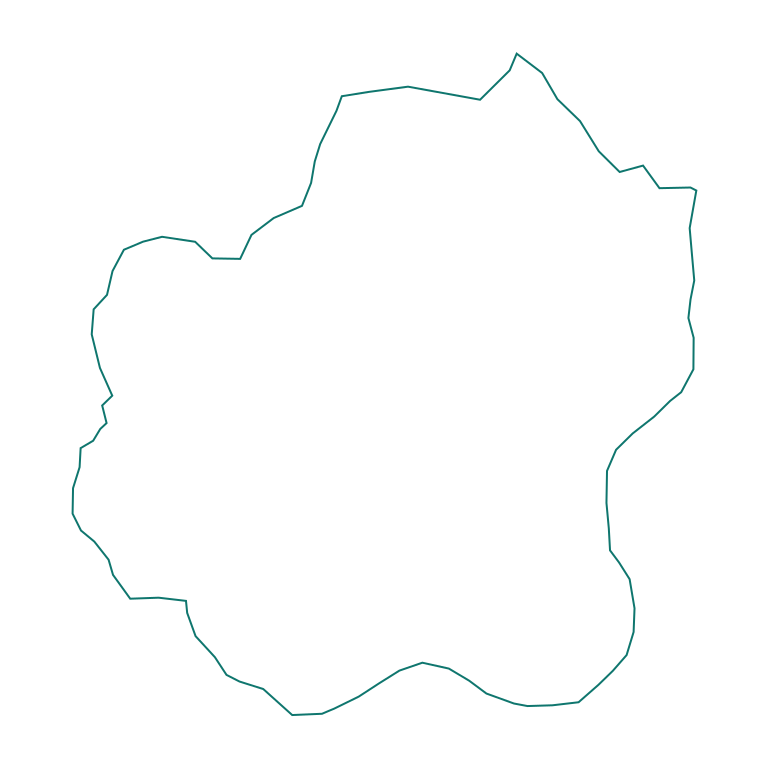 Agia Anna, Larnaca, Cyprus, rotated 1°
{"feature_id": "46923920B8149525984210", "entity_name": "Agia Anna", "entity_type": "district", "adm_level": 2, "iso_a3": "CYP", "parent_name": "Cyprus", "parent_adm1": "Larnaca", "projection": "equal_earth", "projection_center": [33.489, 34.939], "detail": "fine", "context": "isolated", "style": "outline", "palette": "teal", "viewbox_px": 768, "rotation_deg": 1, "n_neighbors": 0, "source": "geoboundaries", "source_scale": "gbopen_adm2", "svg_char_len": 1297}
<svg xmlns="http://www.w3.org/2000/svg" viewBox="0 0 768 768"><g transform="rotate(1 384 384)"><path d="M231.6,677.6L244.7,684.0L268.6,691.1L298.0,716.6L299.6,716.5L327.8,714.8L334.5,711.8L339.8,709.5L364.2,697.0L384.3,683.4L404.4,670.3L427.2,662.0L453.8,667.4L474.4,679.2L491.8,691.7L519.5,701.2L533.1,703.5L558.1,702.3L584.1,698.8L603.7,681.0L617.8,666.8L631.3,650.8L637.9,627.6L638.4,603.9L633.0,574.9L622.1,558.3L612.9,546.4L611.3,524.5L608.5,499.0L608.5,467.0L617.2,445.7L633.5,429.1L654.7,411.9L670.4,395.9L681.3,387.0L693.1,363.9L692.8,332.4L687.2,312.7L689.0,294.1L692.4,275.1L689.3,245.9L686.9,222.8L692.9,185.1L687.0,182.2L656.0,183.4L639.2,161.1L615.9,167.9L594.7,147.6L575.4,117.7L552.4,96.2L536.7,70.3L510.9,51.4L504.2,68.2L475.1,98.1L402.8,86.3L363.8,92.2L336.8,97.0L331.7,111.7L316.0,145.2L310.9,162.7L307.6,184.2L298.9,207.3L270.8,220.0L248.9,237.2L238.0,261.4L210.2,261.4L192.7,245.1L159.5,240.7L140.6,245.9L121.6,254.3L110.6,275.8L105.5,299.7L92.4,314.4L90.9,339.5L99.7,372.9L112.5,400.4L102.6,410.4L107.3,427.9L101.1,433.9L94.2,445.8L81.8,453.4L81.1,472.5L74.9,493.6L74.9,506.8L74.9,519.1L83.6,535.8L97.1,546.6L111.7,564.5L116.4,579.6L134.0,603.1L162.4,601.6L189.8,604.3L191.2,616.3L200.0,639.4L219.7,660.1L231.6,677.6Z" fill="none" stroke="#0f766e" stroke-width="2"/></g></svg>